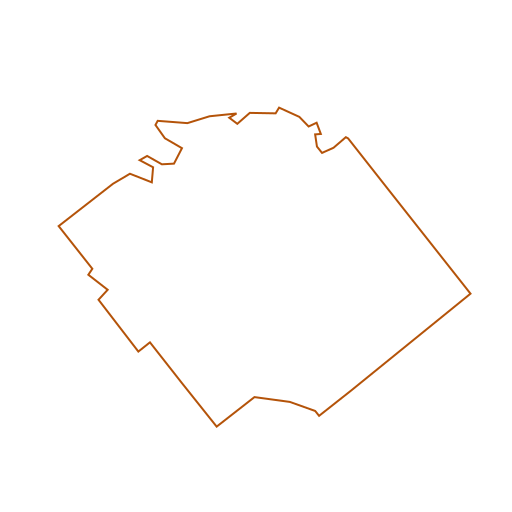 Onondaga, New York, United States of America (Equal Earth projection), rotated 325°
{"feature_id": "52423323B60762350977788", "entity_name": "Onondaga", "entity_type": "district", "adm_level": 2, "iso_a3": "USA", "parent_name": "United States of America", "parent_adm1": "New York", "projection": "equal_earth", "projection_center": [-76.181, 43.021], "detail": "fine", "context": "isolated", "style": "outline", "palette": "amber", "viewbox_px": 512, "rotation_deg": 325, "n_neighbors": 0, "source": "geoboundaries", "source_scale": "gbopen_adm2", "svg_char_len": 728}
<svg xmlns="http://www.w3.org/2000/svg" viewBox="0 0 512 512"><g transform="rotate(325 256 256)"><path d="M410.1,409.9L402.5,277.2L398.9,212.5L397.7,210.2L381.6,211.8L369.2,209.4L368.7,201.3L374.2,190.3L379.1,193.2L382.1,181.6L373.4,180.1L371.3,166.9L360.0,147.7L353.9,150.4L333.0,135.2L316.5,137.0L313.4,127.4L321.8,128.1L298.1,114.9L276.0,107.8L253.0,88.9L248.8,91.0L248.9,107.3L257.2,125.2L241.8,133.3L231.5,126.9L224.2,111.6L215.7,110.8L222.6,124.3L212.9,135.9L199.9,116.3L180.3,114.8L111.5,118.3L114.6,172.6L107.9,175.2L115.1,198.6L101.9,201.5L104.8,266.8L119.6,265.9L122.4,317.2L125.9,373.2L173.8,370.7L200.0,394.9L215.6,416.9L216.0,423.1L256.3,420.8L410.1,409.9Z" fill="none" stroke="#b45309" stroke-width="2"/></g></svg>